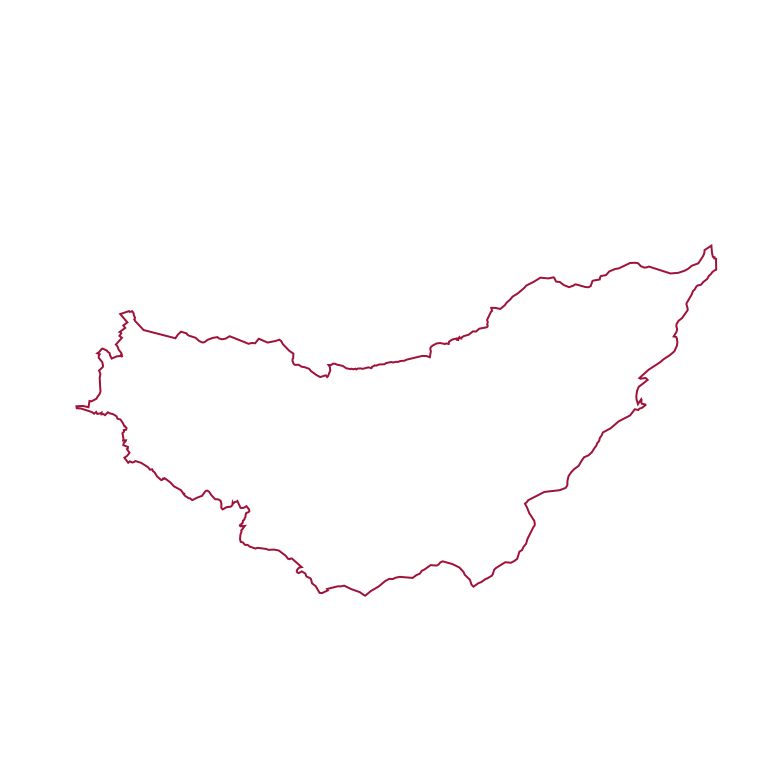 Baisoara, Cluj, Romania (Equal Earth projection), rotated 195°
{"feature_id": "2599482B38927936473335", "entity_name": "Baisoara", "entity_type": "district", "adm_level": 2, "iso_a3": "ROU", "parent_name": "Romania", "parent_adm1": "Cluj", "projection": "equal_earth", "projection_center": [23.394, 46.564], "detail": "fine", "context": "isolated", "style": "outline", "palette": "rose", "viewbox_px": 768, "rotation_deg": 195, "n_neighbors": 0, "source": "geoboundaries", "source_scale": "gbopen_adm2", "svg_char_len": 6144}
<svg xmlns="http://www.w3.org/2000/svg" viewBox="0 0 768 768"><g transform="rotate(195 384 384)"><path d="M135.9,564.9L158.5,566.0L160.7,564.5L162.7,563.8L166.4,564.3L169.9,566.4L172.4,566.2L177.6,564.6L186.9,556.6L190.5,554.9L195.5,551.1L197.8,546.6L202.3,544.5L202.9,542.8L202.7,540.8L208.9,537.9L209.3,537.4L209.7,532.1L211.4,530.4L214.3,529.8L224.6,529.9L225.8,529.1L226.4,528.1L230.4,525.4L235.9,526.1L240.5,528.0L244.4,527.5L247.0,530.6L247.9,530.9L252.6,528.5L260.4,527.2L265.8,521.5L272.1,515.8L273.2,513.4L278.3,506.0L282.4,501.7L283.8,498.6L286.7,494.1L287.7,491.3L291.1,486.6L296.4,486.3L300.1,485.3L298.5,482.6L299.4,481.3L301.0,472.6L299.8,470.7L299.7,468.1L298.9,467.2L298.9,466.2L299.6,465.3L306.3,462.1L308.8,458.4L311.7,457.9L315.0,453.5L319.5,450.8L321.3,448.7L321.1,448.0L322.1,447.9L323.3,448.8L323.8,447.3L323.7,445.7L325.1,445.6L325.6,446.8L329.6,444.6L332.1,441.8L331.9,439.4L334.4,439.3L335.5,438.4L340.4,438.1L343.8,436.7L347.1,433.6L348.4,431.5L348.4,430.0L347.2,427.6L346.7,421.7L350.1,422.0L354.4,421.0L368.2,413.5L370.3,411.8L374.4,410.3L376.0,409.0L378.3,408.5L380.8,407.1L382.7,407.1L387.4,404.8L388.6,403.2L393.8,401.6L396.3,399.7L397.7,399.6L399.9,397.5L400.2,396.1L403.5,396.0L408.6,393.1L410.7,393.0L413.4,392.1L414.5,390.9L415.5,391.4L417.7,390.2L419.2,390.4L420.3,389.7L424.5,389.4L428.6,390.8L434.8,390.5L436.0,390.9L438.5,390.5L440.1,388.6L442.5,388.0L440.8,386.6L439.4,383.1L440.1,377.2L440.7,376.0L442.5,377.3L447.4,374.2L451.3,375.1L457.8,377.5L460.2,379.3L464.9,379.7L468.2,379.4L471.5,380.5L474.6,379.5L475.8,379.7L476.8,380.4L478.5,383.0L478.8,384.6L478.4,385.5L479.4,389.9L484.2,391.6L492.0,396.3L494.5,398.9L496.5,399.7L499.7,397.6L507.1,393.9L516.7,395.3L519.0,390.0L522.3,389.4L525.3,387.8L545.4,390.2L548.8,386.8L552.1,385.2L555.6,385.4L556.9,386.2L561.4,384.2L565.7,381.1L568.3,377.9L570.1,377.1L573.7,377.7L578.0,379.9L584.9,380.2L587.0,380.9L587.7,381.8L593.6,382.0L595.8,378.5L597.3,374.2L630.2,373.9L641.1,380.7L641.5,381.8L641.9,381.9L641.6,383.6L643.5,385.7L644.0,387.3L646.0,389.1L648.3,387.8L649.2,388.4L656.9,383.3L647.8,377.1L651.0,373.0L648.5,371.2L652.8,365.8L651.5,365.6L650.9,365.0L652.0,362.0L649.1,360.8L653.2,352.7L651.3,351.5L649.1,348.4L645.6,345.8L645.0,344.6L645.4,344.3L644.2,343.1L644.5,342.7L645.7,343.3L646.0,342.8L649.3,341.5L653.6,338.1L656.0,340.7L657.1,342.9L659.7,343.8L660.2,344.5L664.8,345.4L665.8,344.8L667.4,341.2L668.9,339.5L666.3,339.2L666.8,337.9L666.4,335.5L661.8,332.2L660.0,328.7L660.1,327.5L662.7,323.2L660.5,320.3L660.2,316.3L655.9,303.2L656.2,300.3L657.4,297.7L657.9,295.4L662.1,291.5L664.1,291.4L663.4,285.1L669.0,284.9L675.3,282.9L674.5,281.1L670.2,281.9L659.0,281.3L656.3,280.3L654.8,282.5L653.2,280.9L650.4,282.2L649.4,283.3L649.0,281.6L647.3,282.3L645.4,281.7L643.4,285.2L641.4,284.7L637.7,284.7L634.0,283.6L632.4,281.5L629.4,281.5L626.1,278.7L623.8,275.9L623.3,276.2L621.3,274.8L621.2,273.1L623.4,272.2L622.8,270.7L623.9,268.8L621.5,263.7L621.4,261.9L618.7,262.8L618.8,261.7L620.1,259.7L620.0,257.5L615.0,256.9L614.8,255.5L615.5,254.6L612.0,251.7L613.6,248.0L615.7,245.6L610.7,241.7L609.5,243.5L606.8,243.0L605.3,243.9L604.2,245.2L598.2,245.0L590.6,242.6L587.8,240.7L585.8,241.6L584.6,240.0L582.9,239.4L579.2,235.9L574.2,233.5L573.7,233.8L572.9,235.6L572.1,235.2L571.5,236.2L570.1,235.7L565.0,233.7L560.5,230.8L552.6,228.9L550.1,226.8L548.7,226.4L549.0,225.7L547.0,224.4L543.2,223.1L541.7,223.3L539.2,222.2L534.5,226.3L530.8,228.9L529.0,233.7L528.2,234.8L527.0,235.3L525.1,234.7L522.2,232.1L517.3,229.0L514.2,229.7L511.6,228.9L510.1,226.3L509.1,222.3L507.4,221.1L504.1,224.3L500.2,225.9L499.1,227.7L499.5,230.5L498.7,229.6L497.3,231.6L495.8,232.2L495.3,233.0L490.5,227.2L487.7,227.9L485.2,230.4L481.8,227.9L481.1,226.1L482.3,224.6L483.6,223.9L483.8,222.1L483.4,219.5L483.9,218.2L483.8,216.9L484.8,215.6L484.6,213.2L485.5,212.1L485.2,211.2L486.5,210.6L486.6,209.9L485.7,209.4L481.7,210.9L484.0,205.5L483.4,204.5L483.7,201.5L482.9,196.8L481.5,194.4L479.4,194.5L476.5,192.6L474.2,193.3L471.7,192.2L465.5,191.8L463.9,193.0L455.3,194.2L452.8,193.9L447.3,195.6L442.4,195.9L434.8,192.8L431.3,190.3L429.6,190.4L429.2,191.2L427.8,191.6L416.1,185.8L418.4,184.7L419.7,182.5L419.9,180.6L418.8,179.4L417.4,179.3L414.9,181.7L411.0,180.6L409.1,178.0L405.0,177.3L404.0,176.6L401.9,172.8L397.7,171.1L392.2,165.6L389.8,166.0L384.8,170.1L385.9,171.3L376.3,176.6L373.1,177.4L370.3,178.9L362.5,177.4L353.5,176.7L348.1,174.7L347.2,174.8L343.4,180.3L336.7,187.1L331.9,193.9L328.6,197.1L325.0,197.9L322.8,199.8L318.9,201.8L306.2,204.1L303.3,207.7L300.2,210.2L299.2,213.3L297.0,215.2L292.1,221.1L286.0,222.3L284.3,224.2L283.4,226.3L281.4,227.9L271.4,227.8L263.8,226.3L258.5,223.0L256.6,220.6L250.3,217.1L247.5,212.8L245.1,211.4L241.3,216.0L238.8,217.8L235.2,222.2L234.2,222.7L230.4,226.6L229.7,228.2L229.5,233.1L228.0,235.5L220.8,243.2L215.1,244.2L212.2,246.9L210.1,249.6L209.8,257.1L207.6,259.4L207.2,262.5L205.4,266.5L205.3,271.6L202.7,284.3L201.9,286.2L202.2,288.1L203.4,290.7L210.4,297.0L213.6,301.4L216.9,304.9L215.6,306.6L214.6,309.1L201.1,321.3L187.0,326.8L181.7,330.6L180.7,333.7L181.7,337.7L181.9,342.7L180.5,346.9L178.2,351.1L174.8,355.3L173.0,361.9L171.7,365.1L167.9,368.1L165.6,371.8L164.0,377.0L162.9,379.3L162.8,381.8L161.4,384.8L161.6,387.6L160.5,390.5L160.0,393.9L153.6,399.9L147.8,408.5L138.1,417.4L135.2,424.5L131.7,424.7L130.9,426.3L128.7,427.7L125.9,431.3L126.4,431.9L129.9,431.7L130.8,432.9L131.1,435.3L131.6,435.9L133.5,430.3L136.1,434.6L137.1,437.3L137.8,442.8L137.2,447.2L130.4,456.2L132.7,457.5L137.7,455.5L138.9,455.8L132.0,466.4L122.8,476.6L120.5,480.1L115.0,486.3L112.0,490.7L111.0,496.7L111.3,499.8L112.8,503.6L113.9,505.0L116.5,504.9L115.0,509.8L115.0,512.7L116.6,515.5L116.9,517.6L115.8,521.3L113.2,524.8L109.8,533.8L110.3,535.6L112.6,539.5L112.6,540.5L110.0,549.9L109.6,553.7L108.3,555.8L107.6,558.8L106.6,560.3L103.4,562.0L101.9,565.3L99.0,569.1L98.2,572.5L96.8,574.6L95.8,577.1L94.1,579.3L92.7,580.3L95.7,590.9L97.5,590.8L97.6,592.0L99.3,592.0L101.3,596.0L103.6,602.4L109.0,596.3L108.5,593.5L108.8,590.4L111.6,581.9L117.4,577.8L120.0,574.0L122.7,571.4L128.4,567.6L135.9,564.9Z" fill="none" stroke="#9f1239" stroke-width="2"/></g></svg>